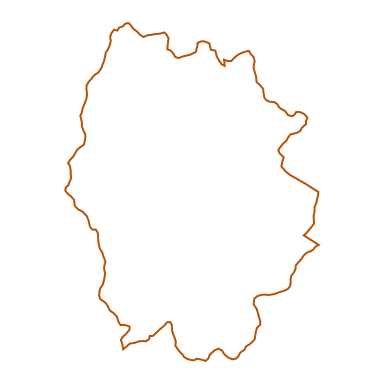 outline of Descalvado, São Paulo, Brazil
{"feature_id": "56859067B20222992390792", "entity_name": "Descalvado", "entity_type": "district", "adm_level": 2, "iso_a3": "BRA", "parent_name": "Brazil", "parent_adm1": "São Paulo", "projection": "mercator", "projection_center": [-47.656, -21.88], "detail": "fine", "context": "isolated", "style": "outline", "palette": "amber", "viewbox_px": 384, "rotation_deg": 0, "n_neighbors": 0, "source": "geoboundaries", "source_scale": "gbopen_adm2", "svg_char_len": 3410}
<svg xmlns="http://www.w3.org/2000/svg" viewBox="0 0 384 384"><path d="M214.7,350.2L218.4,348.7L222.0,350.5L224.2,354.1L228.2,357.6L232.3,359.3L235.9,358.7L238.5,356.1L239.8,353.4L241.9,351.4L244.5,349.9L245.9,346.5L249.7,344.2L252.1,342.1L254.7,339.2L255.7,332.7L256.9,328.0L260.1,324.8L260.3,321.3L258.7,316.1L256.9,309.4L253.6,304.2L254.4,298.5L257.3,296.2L261.0,294.9L263.6,294.6L269.1,294.9L274.6,294.0L279.3,292.2L282.0,291.5L284.8,290.4L287.8,289.0L290.0,286.3L290.7,282.9L290.6,278.8L291.4,275.6L293.4,273.2L295.3,269.7L295.9,265.2L300.9,259.6L304.0,255.1L307.0,252.5L311.0,251.1L313.4,249.5L315.4,246.7L318.7,244.9L303.8,235.4L306.0,233.6L311.7,226.7L314.0,223.5L313.8,220.1L313.6,216.0L314.6,211.0L314.6,206.9L316.4,202.8L317.2,198.3L318.1,195.5L318.3,192.0L305.7,183.9L301.7,181.6L296.8,178.8L290.0,175.0L285.8,171.6L281.4,166.5L282.2,162.2L283.7,157.3L279.6,153.3L278.3,150.1L280.0,147.5L283.2,143.5L286.3,140.8L287.8,138.0L290.4,134.4L294.5,133.5L297.9,132.4L300.5,130.6L301.8,127.9L304.1,125.7L306.1,124.1L306.0,121.0L307.5,117.8L304.1,113.9L299.5,111.9L296.2,112.0L294.7,114.5L292.0,116.3L288.2,115.2L284.9,110.9L281.1,108.9L279.1,107.2L277.4,104.3L274.5,102.2L269.3,101.6L266.5,100.3L264.4,97.8L263.4,92.2L263.2,89.0L260.0,85.0L256.6,82.2L256.1,76.6L254.6,71.8L253.6,67.8L253.8,65.0L254.7,61.1L253.6,57.1L250.7,53.9L249.0,51.0L245.6,51.6L241.8,52.9L239.0,54.2L236.8,55.7L234.7,57.5L231.1,61.1L227.5,61.0L224.1,59.7L224.7,65.8L221.7,64.3L219.5,61.1L216.8,56.6L215.3,50.6L210.9,49.7L209.3,43.4L204.3,41.3L201.5,41.3L197.6,42.9L197.3,46.4L195.7,52.1L190.4,54.6L182.7,56.5L178.5,58.1L175.2,56.9L173.6,53.9L170.8,50.7L167.3,49.2L168.0,42.3L168.6,38.8L167.0,35.2L164.5,32.5L159.7,33.7L153.7,34.3L151.2,34.9L147.9,35.2L143.5,37.0L139.8,34.6L137.1,31.6L134.0,29.3L131.8,26.9L130.4,24.6L128.2,23.0L125.1,23.8L122.6,26.5L119.2,27.5L117.3,30.6L114.1,29.7L111.4,33.3L110.1,37.0L110.8,40.7L109.9,44.8L108.0,49.3L105.7,52.8L105.2,56.0L104.0,61.2L102.7,64.3L101.7,67.1L100.1,70.1L97.9,72.9L95.2,74.4L92.9,76.8L90.9,79.5L88.7,81.8L86.6,85.5L86.4,88.7L86.8,91.7L87.0,95.6L86.1,99.7L84.4,104.0L82.6,108.6L81.7,112.9L80.3,115.5L81.0,118.6L81.8,122.1L82.0,126.7L83.8,131.6L85.3,134.2L85.4,137.6L84.6,141.5L83.9,144.6L79.2,148.0L77.0,149.9L75.1,153.4L73.2,156.6L70.3,159.6L68.1,163.1L70.1,166.5L70.7,170.8L70.8,175.1L71.2,178.0L69.6,181.8L68.3,185.2L65.7,187.6L65.3,190.7L67.9,193.9L71.1,196.5L74.1,199.9L74.6,205.5L78.0,209.3L82.5,211.6L84.7,213.9L86.7,216.0L88.5,220.2L89.6,225.3L90.7,227.9L92.7,229.7L95.7,229.5L97.8,232.9L98.1,236.5L98.2,240.3L98.9,244.9L99.7,248.4L102.1,252.2L103.3,256.0L104.4,258.9L105.5,261.7L104.6,264.5L104.1,268.5L105.0,272.9L104.8,276.2L104.1,279.7L103.4,282.3L102.4,285.2L100.1,288.6L99.4,292.2L99.1,295.7L100.3,299.1L103.8,301.5L105.9,303.3L108.0,306.5L109.7,310.3L113.7,313.3L116.8,316.4L118.5,321.8L120.6,325.1L123.3,324.9L126.5,325.4L129.6,326.6L129.5,329.8L125.6,334.4L122.6,336.9L120.9,340.0L122.3,344.1L123.2,349.3L126.8,346.3L129.8,343.6L134.9,342.8L138.5,341.5L142.6,341.0L146.0,341.3L149.1,339.0L149.8,336.0L152.8,335.9L155.4,333.7L158.9,330.1L161.5,328.0L164.3,325.6L167.0,322.3L170.0,322.0L171.8,324.8L172.1,330.4L173.3,334.6L174.7,337.9L175.8,341.4L175.4,345.6L176.9,348.1L179.6,351.7L182.4,354.4L184.1,357.0L186.4,358.5L189.8,359.7L193.7,360.4L196.8,358.7L201.5,359.6L205.3,361.0L208.2,358.8L209.8,354.7L214.7,350.2Z" fill="none" stroke="#b45309" stroke-width="2"/></svg>